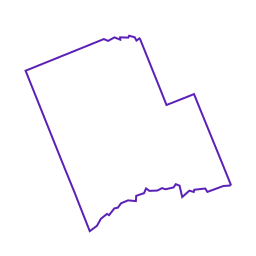 outline of Winn, Louisiana, United States of America, rotated 248°
{"feature_id": "52423323B15053613174821", "entity_name": "Winn", "entity_type": "district", "adm_level": 2, "iso_a3": "USA", "parent_name": "United States of America", "parent_adm1": "Louisiana", "projection": "natural_earth1", "projection_center": [-92.735, 31.928], "detail": "fine", "context": "isolated", "style": "outline", "palette": "violet", "viewbox_px": 256, "rotation_deg": 248, "n_neighbors": 0, "source": "geoboundaries", "source_scale": "gbopen_adm2", "svg_char_len": 755}
<svg xmlns="http://www.w3.org/2000/svg" viewBox="0 0 256 256"><g transform="rotate(248 128 128)"><path d="M81.0,54.2L46.7,53.9L48.9,62.5L54.0,68.9L56.2,76.3L54.3,77.8L58.6,85.2L57.9,88.7L60.8,93.3L60.9,100.9L57.3,107.9L62.0,110.2L61.6,118.5L65.2,122.1L61.7,124.3L59.0,131.8L59.5,137.1L57.2,139.7L55.8,147.9L58.0,151.3L55.2,154.2L43.7,152.4L46.9,161.4L44.1,165.0L45.9,166.3L43.0,176.9L39.0,177.7L38.5,194.7L36.5,200.8L37.1,202.1L59.6,202.1L121.6,201.9L134.7,201.9L134.7,200.9L134.9,172.3L146.0,172.4L205.8,172.5L206.8,172.2L205.9,168.6L209.6,168.2L213.1,163.6L211.7,162.1L215.0,154.7L212.8,153.9L217.1,149.4L216.2,142.2L219.5,138.9L219.5,128.3L219.5,54.5L127.5,54.2L112.8,54.2L87.4,54.3L81.0,54.2Z" fill="none" stroke="#5b21b6" stroke-width="2"/></g></svg>